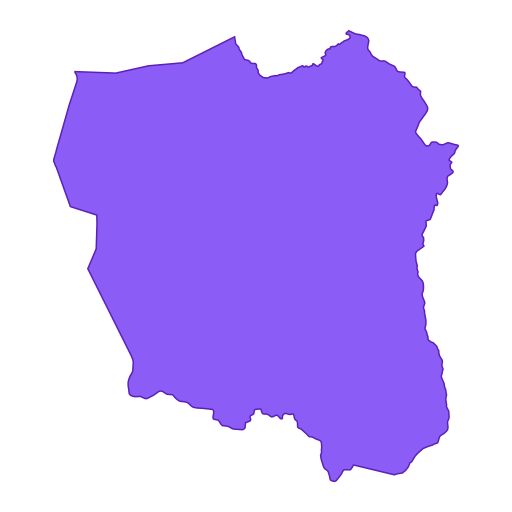 outline of Campamento, Olancho, Honduras
{"feature_id": "27666195B55126974743850", "entity_name": "Campamento", "entity_type": "district", "adm_level": 2, "iso_a3": "HND", "parent_name": "Honduras", "parent_adm1": "Olancho", "projection": "mercator", "projection_center": [-86.6, 14.484], "detail": "fine", "context": "isolated", "style": "filled", "palette": "violet", "viewbox_px": 512, "rotation_deg": 0, "n_neighbors": 0, "source": "geoboundaries", "source_scale": "gbopen_adm2", "svg_char_len": 5968}
<svg xmlns="http://www.w3.org/2000/svg" viewBox="0 0 512 512"><path d="M394.3,474.8L397.4,473.8L402.3,473.0L405.5,470.5L408.3,466.9L409.9,462.9L411.4,462.0L412.0,461.2L415.2,456.0L417.7,453.3L423.1,448.5L428.2,446.4L432.3,445.1L434.1,444.1L437.6,442.9L438.0,442.0L439.3,437.6L440.0,436.1L441.1,435.2L443.2,434.0L445.1,432.5L446.7,430.9L447.6,429.5L448.0,427.3L447.5,422.3L447.9,420.7L448.8,418.8L449.1,417.2L448.7,411.1L446.5,406.8L446.6,404.9L445.8,399.5L445.9,398.0L446.6,394.7L446.1,393.3L445.8,390.2L444.4,386.1L444.1,383.5L441.7,378.0L441.3,376.7L441.4,375.6L442.0,373.7L442.5,370.7L443.1,369.3L441.8,365.4L442.4,361.5L442.3,360.6L441.7,359.3L440.4,357.4L439.5,355.6L438.8,352.7L438.7,350.5L437.7,349.2L437.2,347.4L436.5,346.0L433.1,342.7L431.3,342.1L428.3,340.0L427.9,338.3L427.9,336.4L427.1,334.8L426.8,332.9L426.2,331.2L424.9,328.7L425.9,324.3L425.9,320.3L424.6,313.2L424.5,310.9L423.8,308.9L423.5,307.1L424.7,303.6L424.8,302.7L424.3,301.1L422.6,296.8L422.1,294.7L422.3,293.3L423.0,291.4L423.4,289.6L423.5,286.3L423.3,283.9L422.9,282.3L422.4,281.0L418.6,276.9L417.7,274.7L417.6,273.2L418.1,272.1L417.1,269.1L417.0,267.3L417.3,265.7L416.0,261.1L415.5,254.2L415.9,252.7L416.8,251.3L423.9,246.2L423.5,245.0L422.8,244.0L423.7,241.0L423.6,237.7L422.2,235.8L422.1,234.7L422.4,233.6L423.4,232.0L426.3,226.0L426.4,225.1L426.1,223.8L426.2,223.1L425.8,222.1L425.8,221.3L426.5,220.7L429.4,219.8L430.3,219.2L433.9,210.1L434.1,209.1L434.0,207.9L434.7,205.2L435.6,205.2L436.9,205.5L437.2,205.3L437.4,204.9L437.8,203.1L436.3,197.0L436.2,195.0L436.5,193.8L436.9,193.4L437.4,193.4L439.7,194.6L440.4,194.7L441.6,193.5L442.7,191.7L444.1,190.3L446.3,186.9L447.3,184.1L447.5,182.4L447.0,178.9L447.4,176.8L448.3,175.7L450.0,174.8L452.5,173.0L453.0,172.3L453.1,171.5L452.8,170.9L452.2,170.2L451.3,169.7L450.6,168.8L450.1,166.5L450.2,164.7L450.9,163.5L451.6,162.8L451.7,162.1L449.4,160.5L449.1,160.0L449.1,159.5L449.5,158.7L451.2,156.4L454.2,153.7L454.9,152.1L455.1,150.6L458.1,146.5L458.3,145.8L458.1,145.4L457.5,145.1L454.2,144.4L448.8,142.8L447.2,142.9L443.2,144.7L442.1,144.8L438.8,144.2L437.4,142.9L436.3,142.2L433.1,142.0L432.0,142.1L431.4,142.5L430.6,143.4L429.9,144.8L428.9,145.6L427.8,146.0L426.6,145.9L425.0,144.9L421.3,139.4L416.6,134.1L415.7,132.5L415.6,131.3L417.5,127.1L419.3,122.2L425.8,113.3L427.3,110.7L427.7,108.8L427.6,107.5L426.9,105.8L424.1,101.2L421.9,98.1L420.8,96.1L420.4,94.7L420.6,91.2L418.2,89.3L417.4,88.1L416.5,87.2L413.4,87.0L412.0,86.2L408.5,81.3L406.8,79.3L404.8,77.5L404.5,76.0L405.0,73.5L404.9,72.9L404.7,72.5L403.5,72.2L399.9,72.0L397.9,71.5L397.0,70.7L395.4,67.4L394.3,66.2L389.2,63.9L385.1,61.1L383.3,60.9L381.0,61.1L379.4,60.7L377.6,59.4L372.6,56.2L371.2,54.3L370.1,52.0L368.5,50.2L367.7,48.6L367.7,46.7L368.8,40.8L368.2,38.8L367.0,37.3L365.6,36.3L363.8,35.7L359.3,34.5L355.4,33.9L348.7,30.7L348.2,31.4L346.4,32.7L346.1,33.7L346.4,34.2L348.5,34.6L349.6,35.4L350.0,36.2L350.1,37.0L350.0,37.8L349.6,38.3L348.4,39.3L343.9,41.1L342.9,42.0L341.4,42.8L339.8,44.3L339.1,44.3L338.6,43.9L338.0,44.1L336.6,45.6L335.5,46.3L334.8,46.5L332.3,46.5L330.7,46.9L330.3,47.5L330.1,48.8L328.2,49.0L326.9,49.9L325.8,51.1L325.2,52.6L325.2,53.4L325.8,54.7L325.7,55.3L325.1,55.8L321.7,57.4L321.3,57.8L321.4,58.4L322.6,59.4L323.1,60.1L322.9,60.9L322.2,61.7L321.8,63.6L321.4,63.9L320.4,64.2L319.5,64.7L318.5,66.1L317.9,66.3L317.0,66.1L314.5,64.5L313.8,63.9L313.2,63.7L312.9,63.9L312.1,65.7L310.3,66.1L309.5,66.7L308.7,67.0L308.0,67.0L307.2,66.3L306.0,66.0L304.0,67.1L303.3,66.3L302.6,65.7L297.5,67.8L296.2,69.1L294.7,69.9L291.0,73.2L288.5,72.6L285.1,73.8L279.2,74.8L277.3,75.7L274.6,75.7L270.1,76.7L268.5,77.6L267.4,78.0L265.3,77.7L263.7,77.8L260.0,75.3L258.2,72.8L258.1,70.1L256.6,68.0L256.4,64.9L255.8,63.9L255.1,63.5L253.1,63.5L251.1,63.1L250.5,62.8L249.9,61.6L248.6,60.5L244.5,59.5L242.0,54.9L241.4,52.4L239.1,49.1L238.8,47.3L235.7,43.8L234.6,36.8L182.7,62.8L148.5,65.8L115.8,73.1L75.0,71.6L75.1,72.8L76.5,74.9L77.1,77.0L77.2,79.6L76.7,82.1L69.2,105.0L56.2,150.7L56.0,151.9L53.8,159.2L53.7,161.2L55.1,164.5L55.4,165.8L56.2,166.9L70.4,206.6L96.8,215.1L97.0,224.0L96.2,248.9L87.8,268.7L131.3,355.8L132.6,359.1L133.3,361.6L132.8,370.4L132.2,372.5L130.0,376.2L128.6,380.1L128.1,382.5L128.2,386.4L128.5,387.8L129.2,393.5L129.7,394.5L131.1,395.6L133.2,396.4L135.8,396.7L140.2,396.4L145.0,398.5L146.3,398.7L148.2,398.0L153.4,395.3L158.8,391.5L160.5,391.0L162.3,391.3L167.0,394.3L172.4,394.7L173.4,395.5L174.7,397.2L176.3,398.8L178.3,400.4L179.4,401.0L181.0,401.4L185.3,401.9L187.0,402.4L188.3,403.2L191.8,406.4L193.2,407.2L196.9,408.0L202.4,408.3L212.5,409.4L213.3,410.3L213.8,411.7L213.0,417.3L213.1,418.3L213.5,419.0L213.9,419.3L217.4,419.9L218.1,420.2L219.2,421.3L220.9,424.1L222.3,425.6L227.5,426.2L229.6,427.1L232.5,428.8L234.2,429.1L241.9,429.7L243.0,429.6L244.3,428.7L244.8,428.1L245.1,427.5L245.4,423.8L245.7,422.7L249.8,421.1L250.4,420.5L250.7,419.4L250.1,417.3L250.1,416.2L250.8,415.5L252.6,414.7L253.6,414.0L254.0,412.6L254.3,410.4L254.8,409.8L255.5,409.4L258.7,409.0L260.6,409.1L260.9,409.3L262.0,412.7L262.6,413.4L263.2,413.9L264.4,414.1L266.1,414.0L267.2,414.2L268.3,414.7L270.7,416.5L271.8,416.9L273.2,416.6L275.9,415.3L276.9,415.2L278.1,416.0L280.2,418.4L281.4,418.9L282.0,418.8L282.4,418.5L282.4,416.5L282.8,415.3L283.6,414.3L284.5,413.7L286.3,413.4L288.2,414.2L290.1,414.5L292.7,413.9L293.3,414.3L293.8,415.2L294.7,419.0L295.7,420.1L296.7,420.7L297.2,421.5L297.5,423.3L297.6,426.7L297.8,427.4L299.0,428.2L300.9,429.0L302.1,429.9L306.7,434.1L308.9,436.5L309.5,436.7L311.2,436.8L313.0,437.4L315.8,438.9L319.8,440.4L321.0,441.4L321.4,442.9L321.7,446.6L321.6,448.3L321.4,449.7L321.6,452.3L320.6,455.3L321.2,459.3L323.3,466.0L324.1,467.8L324.7,468.6L327.5,470.7L328.2,471.8L329.4,475.6L330.0,478.9L330.4,479.8L331.0,480.4L332.3,480.9L333.7,481.3L335.0,481.3L335.9,480.9L336.9,479.9L341.4,474.0L342.5,471.7L343.5,470.2L344.8,469.7L349.0,469.9L350.5,469.7L352.6,466.8L353.1,465.5L353.7,465.0L394.3,474.8Z" fill="#8b5cf6" stroke="#5b21b6" stroke-width="1.5"/></svg>